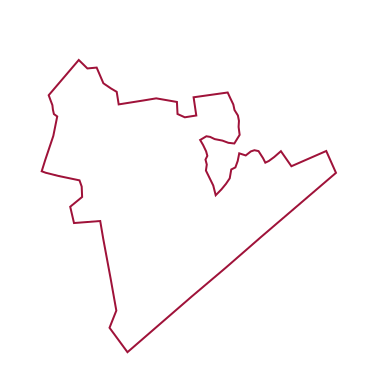 Boqueirão do Piauí, Piauí, Brazil (Natural Earth projection), rotated 171°
{"feature_id": "56859067B46313379568207", "entity_name": "Boqueirão do Piauí", "entity_type": "district", "adm_level": 2, "iso_a3": "BRA", "parent_name": "Brazil", "parent_adm1": "Piauí", "projection": "natural_earth1", "projection_center": [-42.125, -4.538], "detail": "fine", "context": "isolated", "style": "outline", "palette": "rose", "viewbox_px": 384, "rotation_deg": 171, "n_neighbors": 0, "source": "geoboundaries", "source_scale": "gbopen_adm2", "svg_char_len": 1142}
<svg xmlns="http://www.w3.org/2000/svg" viewBox="0 0 384 384"><g transform="rotate(171 192 192)"><path d="M170.4,112.0L130.8,136.8L46.8,188.4L53.0,211.5L89.8,201.9L97.8,218.4L105.3,213.7L111.3,210.6L115.0,209.5L116.5,214.2L119.9,222.0L123.8,223.5L127.5,222.9L133.2,219.7L139.3,222.8L142.0,215.5L145.3,209.5L149.7,208.1L152.6,199.6L157.2,194.7L162.5,190.0L169.1,185.1L170.0,195.1L174.9,211.0L173.1,216.8L173.6,221.9L171.2,225.3L171.7,230.0L173.7,236.7L175.8,242.1L169.1,244.8L165.5,243.6L161.3,240.7L153.9,238.0L148.4,234.9L142.6,233.3L136.0,241.0L135.8,249.0L134.5,254.9L134.7,260.4L137.2,266.3L137.5,272.0L139.6,279.0L141.2,284.7L175.6,285.3L175.8,266.9L187.4,266.9L194.1,271.3L192.8,283.3L212.7,290.1L226.0,290.0L250.7,290.0L250.7,302.7L255.9,307.0L262.5,313.2L266.7,329.8L276.0,330.4L283.2,340.1L318.4,310.0L317.3,304.4L316.3,299.6L316.5,295.1L316.2,290.6L313.3,287.7L320.2,269.1L332.0,246.5L337.2,236.0L333.5,233.9L321.3,228.7L301.3,221.1L300.1,214.6L301.3,204.3L314.6,196.5L313.4,179.8L287.2,177.7L287.0,159.8L285.9,118.7L285.3,86.7L294.7,70.8L280.8,43.9L208.5,88.9L170.4,112.0Z" fill="none" stroke="#9f1239" stroke-width="2"/></g></svg>